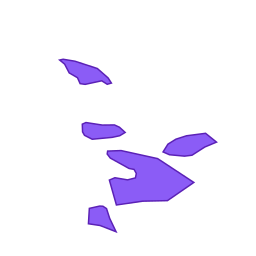 outline of Faroe Islands, rotated 156°
{"feature_id": "FRO", "entity_name": "Faroe Islands", "entity_type": "country or territory", "adm_level": 0, "iso_a3": "FRO", "parent_name": "Europe", "parent_adm1": "", "projection": "natural_earth1", "projection_center": [-6.816, 61.885], "detail": "fine", "context": "isolated", "style": "filled", "palette": "violet", "viewbox_px": 256, "rotation_deg": 156, "n_neighbors": 0, "source": "natural_earth", "source_scale": "50m", "svg_char_len": 888}
<svg xmlns="http://www.w3.org/2000/svg" viewBox="0 0 256 256"><g transform="rotate(156 128 128)"><path d="M169.9,62.4L166.2,88.0L160.2,87.9L149.5,80.8L141.5,79.4L138.9,83.1L139.3,87.7L143.5,90.6L156.4,107.7L157.6,112.7L156.0,115.2L143.5,110.2L113.4,88.0L90.0,51.5L121.5,45.6L144.4,55.2L169.9,62.4ZM87.8,79.3L101.0,86.7L105.7,91.9L98.1,97.0L88.8,98.3L77.7,97.1L59.3,91.6L52.9,79.1L65.6,79.4L80.6,77.1L87.8,79.3ZM159.9,212.1L162.8,217.9L159.3,217.2L149.3,210.6L131.8,194.8L125.8,181.8L124.9,175.8L129.2,176.4L132.8,181.8L149.4,185.3L153.7,188.0L153.7,194.5L159.3,202.2L159.9,212.1ZM171.1,142.9L168.2,150.1L164.2,150.1L150.2,141.1L139.1,136.3L135.5,132.2L132.4,125.1L138.7,124.3L146.3,125.9L165.3,132.3L170.7,139.0L171.1,142.9ZM203.1,56.6L196.0,70.3L185.6,68.2L182.7,66.7L180.4,63.1L181.5,52.9L181.1,38.1L193.2,50.3L203.1,56.6Z" fill="#8b5cf6" stroke="#5b21b6" stroke-width="1.5"/></g></svg>